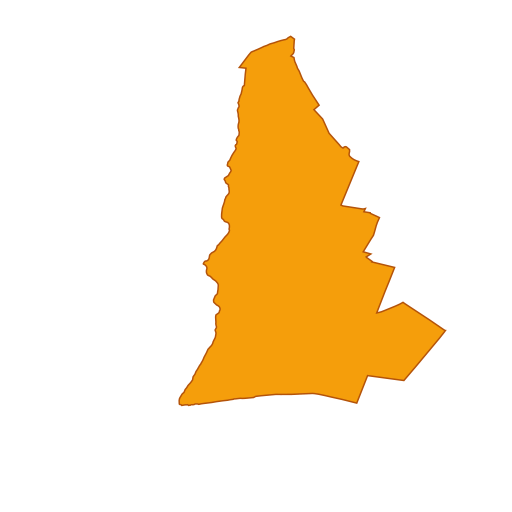 Ghimbav, Brasov, Romania (Robinson projection), rotated 331°
{"feature_id": "2599482B88023161659536", "entity_name": "Ghimbav", "entity_type": "district", "adm_level": 2, "iso_a3": "ROU", "parent_name": "Romania", "parent_adm1": "Brasov", "projection": "robinson", "projection_center": [25.508, 45.687], "detail": "fine", "context": "isolated", "style": "filled", "palette": "amber", "viewbox_px": 512, "rotation_deg": 331, "n_neighbors": 0, "source": "geoboundaries", "source_scale": "gbopen_adm2", "svg_char_len": 6110}
<svg xmlns="http://www.w3.org/2000/svg" viewBox="0 0 512 512"><g transform="rotate(331 256 256)"><path d="M325.0,436.6L343.6,429.6L376.4,416.9L383.8,413.8L385.5,413.0L385.2,412.8L384.5,411.5L376.7,395.9L363.2,370.1L362.1,367.8L358.4,367.8L353.5,367.4L342.5,366.1L338.7,365.6L336.6,365.1L334.0,364.3L334.8,363.6L338.5,360.5L351.7,349.5L359.9,342.9L371.7,333.2L354.4,317.3L354.9,317.0L352.0,310.9L351.9,310.2L357.4,309.9L351.8,304.3L364.5,297.1L368.7,294.9L371.4,292.3L375.8,287.8L378.6,285.3L382.6,282.3L382.2,281.7L376.7,274.2L376.9,273.6L371.8,269.6L374.7,267.5L373.1,267.1L372.5,266.8L371.8,266.4L356.2,254.3L355.0,252.6L391.7,223.3L390.0,221.4L388.4,219.2L387.3,217.1L386.7,215.5L386.3,214.2L386.3,213.5L386.5,212.6L386.8,212.0L387.4,211.2L388.5,210.0L389.4,208.3L388.0,204.5L387.5,203.9L386.9,203.6L385.9,203.4L385.6,203.5L385.2,203.8L384.7,203.8L384.2,203.5L384.0,203.1L383.3,201.8L383.2,201.4L382.7,198.7L379.4,184.1L380.7,168.5L377.6,156.1L384.3,154.7L383.4,142.6L383.2,134.5L383.2,130.7L382.9,127.3L382.3,126.2L382.5,122.4L383.4,115.2L383.3,112.0L383.4,111.3L383.7,109.9L384.2,104.7L384.6,103.2L385.4,100.8L383.7,98.4L383.4,98.0L383.9,97.8L386.2,97.2L387.0,96.8L387.6,96.4L389.4,94.3L389.6,93.4L389.6,92.8L393.7,86.4L394.8,85.0L392.8,80.7L391.3,80.7L389.9,80.7L389.1,80.9L388.3,81.1L387.7,81.1L386.4,80.9L385.7,80.6L382.0,79.6L378.3,78.8L377.5,78.7L374.7,78.2L372.7,77.7L370.9,77.3L367.6,77.1L364.1,76.5L363.0,76.5L357.7,76.1L356.0,75.9L353.8,75.7L351.6,75.4L350.4,75.4L347.0,76.7L332.8,83.0L338.3,86.9L335.1,91.3L328.4,101.3L328.0,101.2L327.4,101.2L326.6,101.5L326.1,101.8L325.6,102.3L324.3,104.0L321.6,107.0L319.9,108.2L319.4,108.6L317.3,110.7L315.9,112.5L315.0,112.9L314.6,113.2L314.5,113.3L314.5,113.6L314.5,114.3L314.3,115.2L314.2,115.5L314.1,116.1L313.9,116.6L313.5,117.2L312.4,117.8L310.6,119.3L310.4,119.6L310.2,120.1L310.1,120.4L309.7,122.0L309.4,122.8L309.2,123.4L308.2,125.3L307.8,126.7L307.4,127.9L306.9,129.2L306.4,129.9L306.0,130.7L305.6,131.0L304.6,132.0L304.1,132.6L303.3,133.8L302.9,134.5L302.4,135.7L302.2,136.9L302.1,137.3L301.7,138.0L301.6,138.9L301.5,139.4L300.3,141.2L299.7,142.0L299.2,142.4L298.5,142.6L297.1,143.2L295.7,144.2L295.4,144.4L294.9,145.1L294.8,145.5L295.1,146.4L295.0,146.9L294.9,147.1L294.5,147.5L293.5,148.6L292.9,149.0L292.3,148.9L292.2,148.9L291.8,149.1L291.5,149.3L291.2,149.7L290.9,150.7L290.9,151.1L290.8,152.0L290.6,152.5L290.4,152.7L289.3,153.5L287.7,154.3L286.8,154.7L283.9,156.3L282.6,157.2L281.3,158.1L279.7,159.4L278.6,159.8L277.3,160.2L276.9,160.4L276.4,161.0L276.1,161.4L275.0,162.5L274.8,163.1L274.8,163.5L275.4,164.3L276.0,165.1L276.1,165.5L275.8,168.8L275.7,169.2L275.2,169.6L274.4,170.2L273.2,170.7L270.9,172.2L270.5,172.3L266.4,172.6L266.0,172.9L265.5,173.3L265.3,173.7L265.3,173.8L265.5,175.1L265.4,175.7L265.2,176.4L265.1,177.5L265.3,178.0L265.9,179.2L266.2,179.7L266.3,180.1L266.4,180.5L266.1,181.0L265.7,181.5L265.5,182.3L265.5,182.8L265.4,183.2L264.7,184.5L264.0,186.4L263.1,187.7L262.5,188.1L261.8,188.5L259.7,189.2L258.5,189.7L258.1,189.9L257.8,190.3L257.4,190.7L256.1,191.6L254.7,193.3L253.0,194.9L251.3,196.4L249.8,197.8L246.3,202.6L244.8,205.2L244.5,206.2L244.5,206.7L244.6,207.1L244.9,207.7L245.1,208.2L245.2,209.0L245.2,210.0L245.3,210.3L245.5,210.7L246.2,211.6L246.8,212.1L247.6,213.2L247.8,213.8L247.9,214.2L247.9,214.5L247.8,215.5L247.7,216.0L246.8,217.8L245.5,219.4L245.4,219.7L245.4,220.2L245.1,220.9L244.7,221.3L243.7,222.1L242.9,222.6L241.9,223.1L240.8,223.5L238.2,224.3L233.5,226.3L231.0,227.1L228.8,228.0L228.2,228.2L227.4,228.1L227.0,228.4L224.8,230.5L224.3,230.7L223.7,231.2L221.8,231.8L221.0,231.8L220.0,231.8L219.0,231.8L218.6,231.8L216.7,232.4L216.0,232.7L215.7,233.0L214.0,235.1L213.3,235.7L212.6,236.1L211.6,236.4L210.6,236.4L210.3,236.4L209.8,236.1L209.2,235.9L208.5,235.9L207.4,236.4L206.2,237.2L206.1,237.4L206.1,237.6L207.0,238.8L207.4,240.0L207.5,240.5L207.6,241.0L207.5,242.0L207.3,242.6L207.1,243.0L206.8,243.4L205.8,244.4L205.1,245.5L204.7,246.3L204.5,247.2L204.4,248.9L204.7,249.7L205.0,250.1L205.8,251.1L206.2,251.8L206.3,252.2L206.6,253.1L207.1,255.2L208.3,257.6L208.6,258.1L209.2,260.8L209.2,261.5L209.2,262.2L209.0,263.0L208.2,264.3L206.4,267.1L205.0,268.8L204.2,270.0L203.9,270.2L203.3,270.5L201.6,270.9L201.2,271.0L200.6,271.4L197.6,273.8L197.4,274.1L196.8,275.5L196.7,276.0L197.0,277.1L197.8,279.7L198.5,280.7L198.7,281.1L199.1,282.0L199.3,282.8L199.3,283.3L199.2,283.8L199.1,284.6L198.5,285.6L198.1,285.9L197.5,286.3L197.3,286.4L196.9,287.0L196.2,287.6L195.2,287.8L193.5,288.0L192.5,288.1L192.2,288.4L191.6,289.1L191.1,289.8L189.5,293.1L188.9,294.4L188.1,295.6L187.6,296.8L187.2,298.3L187.1,298.9L187.0,299.0L186.1,299.9L185.4,300.2L185.0,300.5L184.5,300.8L184.3,301.1L184.2,301.6L183.9,303.3L183.6,304.1L183.2,304.7L181.1,307.3L180.5,307.8L177.0,310.2L175.8,311.4L174.5,312.3L172.1,313.3L171.2,313.4L170.9,313.5L170.3,313.9L169.1,314.2L168.7,314.4L165.5,316.8L161.6,319.3L159.6,320.9L158.2,321.9L155.8,323.3L155.2,323.8L153.8,324.3L152.7,325.0L149.6,326.9L147.8,327.8L146.8,328.5L146.3,329.0L145.1,329.9L142.7,331.0L142.2,331.4L141.6,332.2L140.7,333.3L140.3,333.7L138.0,334.8L136.5,335.4L134.3,336.1L133.4,336.5L131.5,337.6L130.5,338.0L129.4,338.4L129.0,338.7L128.3,339.3L127.6,339.8L127.3,340.1L126.8,340.4L126.4,340.5L125.2,340.7L124.3,341.0L120.7,343.1L119.8,343.8L118.7,345.2L117.2,348.2L117.2,348.6L117.3,348.8L118.4,349.8L118.5,350.0L118.6,350.7L121.8,351.8L122.9,352.4L124.1,352.9L124.3,353.3L124.4,353.7L124.7,354.1L125.6,354.3L126.1,354.6L126.9,354.6L127.4,354.7L128.6,355.4L129.2,355.7L129.9,355.9L130.6,355.9L131.3,356.0L132.9,356.9L133.5,357.4L133.9,357.9L134.4,358.1L136.7,358.8L138.2,359.4L138.5,359.5L140.7,360.4L146.4,362.7L147.6,363.1L150.8,364.2L156.5,366.4L161.3,368.4L163.5,369.1L166.6,370.3L167.1,370.3L167.6,370.4L168.8,371.0L170.8,371.8L173.2,372.8L173.7,373.1L175.1,374.0L177.1,375.0L185.3,378.6L186.0,378.6L186.6,378.6L187.2,378.6L187.9,378.7L192.3,380.5L206.4,386.7L210.6,389.1L220.3,394.4L228.2,398.3L238.8,403.6L240.6,404.8L243.6,407.1L248.8,411.6L253.3,415.7L261.8,423.2L272.8,433.5L295.6,414.7L325.0,436.6Z" fill="#f59e0b" stroke="#b45309" stroke-width="1.5"/></g></svg>